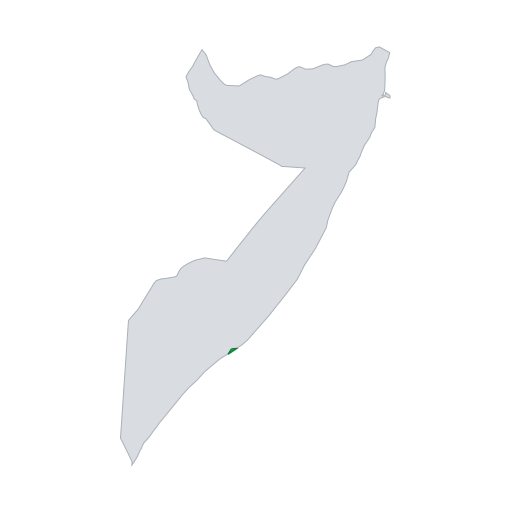 Somalia, with Banaadir highlighted, rotated 4°
{"feature_id": "SOM-2407", "entity_name": "Banaadir", "entity_type": "Region", "adm_level": 1, "iso_a3": "SOM", "parent_name": "Somalia", "parent_adm1": "", "projection": "equal_earth", "projection_center": [45.457, 2.085], "detail": "fine", "context": "in_parent", "style": "filled", "palette": "green", "viewbox_px": 512, "rotation_deg": 4, "n_neighbors": 0, "source": "natural_earth", "source_scale": "10m", "svg_char_len": 2568}
<svg xmlns="http://www.w3.org/2000/svg" viewBox="0 0 512 512"><g transform="rotate(4 256 256)"><path d="M146.8,470.6L146.4,469.3L144.2,465.4L140.0,458.1L136.8,452.6L133.5,447.0L133.5,442.4L133.5,429.0L133.4,402.2L133.4,375.3L133.3,348.4L133.3,335.0L133.3,329.5L133.6,328.7L137.3,323.7L142.2,317.2L148.6,304.8L152.1,298.1L155.1,292.5L155.8,290.8L158.4,287.4L163.2,285.4L166.2,285.0L176.5,282.5L178.1,281.5L179.0,280.3L179.8,277.6L181.8,273.9L184.4,271.3L189.3,267.9L194.2,265.1L195.2,264.6L201.0,262.8L202.5,262.2L204.8,261.5L205.7,261.5L213.8,262.2L220.1,262.7L226.6,263.2L227.3,262.8L231.8,256.1L239.0,245.5L243.7,238.7L250.8,228.3L256.2,220.7L262.3,212.4L268.1,204.8L275.2,195.6L279.6,189.8L286.5,180.9L293.1,172.3L298.8,164.8L290.8,164.8L283.0,164.8L275.3,164.8L273.9,163.9L267.4,160.9L259.2,157.2L249.0,152.6L241.8,149.4L234.1,146.0L226.2,142.5L220.1,139.8L212.4,136.4L205.8,133.4L204.8,132.7L201.2,128.2L196.3,122.3L195.4,122.2L193.1,121.0L191.0,117.8L188.9,113.7L186.9,108.6L186.0,105.2L183.4,103.7L182.1,101.0L179.7,96.9L178.1,94.9L177.5,93.2L176.7,89.7L175.4,85.8L174.1,83.4L173.8,82.4L173.8,81.7L176.3,76.5L177.4,74.6L178.6,72.8L179.7,71.0L180.1,69.8L183.0,63.6L185.6,58.2L187.7,54.0L192.2,58.8L196.7,68.7L201.9,76.6L209.0,84.0L211.8,86.4L214.4,87.8L227.4,87.6L236.7,80.8L245.1,76.0L247.9,75.0L252.8,76.3L258.2,76.7L263.0,78.2L265.5,77.8L275.0,72.1L281.1,66.6L285.1,64.3L286.8,64.3L292.4,66.2L299.5,65.4L309.4,60.6L312.5,59.7L314.9,59.6L320.3,61.7L321.1,61.6L324.0,61.2L331.6,59.0L337.5,55.5L348.5,53.1L356.8,46.8L358.2,43.8L360.7,40.0L364.4,38.8L373.8,43.2L375.2,43.6L374.7,46.3L374.4,49.0L372.5,53.8L371.4,59.2L372.3,67.3L372.8,80.6L372.6,82.5L372.0,84.4L371.8,85.9L370.8,86.4L370.3,87.3L371.1,87.6L374.0,86.2L373.9,84.6L374.1,83.8L376.5,85.6L378.2,86.3L378.7,88.0L378.6,89.1L375.9,88.6L374.5,87.7L370.4,89.2L368.0,90.8L367.2,93.4L366.7,103.8L365.8,110.5L365.6,119.4L362.4,125.4L361.3,129.5L356.5,137.9L353.9,145.1L353.1,148.5L348.8,158.4L343.0,165.9L340.9,175.5L338.8,181.5L336.4,187.0L331.2,196.7L328.6,203.5L325.2,215.2L324.2,222.7L314.8,244.3L305.1,261.5L299.0,276.0L288.0,292.8L273.1,314.5L253.5,340.3L248.2,345.6L226.8,361.5L212.9,374.9L205.8,384.0L198.3,391.9L192.4,399.4L174.5,424.8L172.7,427.2L171.0,429.5L168.7,433.8L167.2,435.5L162.9,442.7L160.2,446.5L157.2,450.2L156.0,452.9L155.1,455.9L154.1,457.6L151.4,464.8L149.0,469.5L146.7,473.2L146.8,470.6Z" fill="#d9dde1" stroke="#a8b0b8" stroke-width="1"/><path d="M243.0,349.7L235.0,355.9L237.9,350.7L239.6,350.1L242.9,349.7L243.0,349.7Z" fill="#22c55e" stroke="#15803d" stroke-width="1.5"/></g></svg>